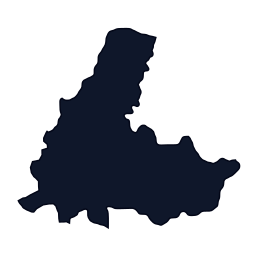 Santiago de los Caballeros, Santiago, Dominican Republic, rotated 89°
{"feature_id": "3306468B7799388924344", "entity_name": "Santiago de los Caballeros", "entity_type": "district", "adm_level": 2, "iso_a3": "DOM", "parent_name": "Dominican Republic", "parent_adm1": "Santiago", "projection": "orthographic", "projection_center": [-70.731, 19.487], "detail": "fine", "context": "isolated", "style": "filled", "palette": "ink", "viewbox_px": 256, "rotation_deg": 89, "n_neighbors": 0, "source": "geoboundaries", "source_scale": "gbopen_adm2", "svg_char_len": 5892}
<svg xmlns="http://www.w3.org/2000/svg" viewBox="0 0 256 256"><g transform="rotate(89 128 128)"><path d="M210.3,223.7L207.0,220.8L203.3,214.2L202.4,208.2L202.4,203.8L204.7,201.4L209.2,199.9L211.5,198.8L217.6,198.6L220.7,198.1L220.7,193.6L220.5,191.2L222.0,188.2L218.4,187.9L217.5,187.5L217.1,187.3L216.7,186.6L215.7,183.7L214.0,180.8L213.4,180.3L211.3,179.4L210.8,178.8L210.4,178.1L209.7,176.0L208.6,173.7L208.3,172.3L208.4,171.5L208.7,170.6L209.0,170.3L209.3,170.0L209.8,169.8L210.7,169.6L214.7,169.6L216.2,169.3L217.0,169.0L219.3,167.7L219.9,167.2L220.2,166.9L221.5,164.7L222.1,163.5L222.3,162.6L222.8,160.3L223.1,159.4L224.0,157.4L224.6,154.6L224.9,153.7L225.5,152.5L227.4,149.6L223.9,149.5L217.9,149.4L213.0,149.5L211.0,149.8L210.2,150.1L208.8,150.8L208.0,151.0L207.2,150.9L206.8,150.6L206.5,150.3L206.3,149.9L206.1,149.0L206.2,147.5L206.5,146.0L206.8,145.1L207.8,143.1L208.1,142.1L208.2,141.0L208.3,137.8L208.2,126.2L208.3,124.6L208.6,123.6L209.0,122.7L209.8,121.5L211.3,120.1L213.4,118.6L213.9,117.9L214.0,117.5L214.2,116.6L214.4,113.0L214.5,112.0L214.8,111.1L215.3,110.3L216.2,109.4L217.0,108.9L218.6,108.1L219.4,107.5L220.7,106.5L221.8,105.4L222.9,104.3L223.5,103.4L224.0,102.5L224.3,101.6L224.8,99.3L225.5,97.4L225.6,96.6L225.5,96.3L225.2,95.5L223.3,92.2L222.7,91.2L221.7,90.1L220.6,89.2L219.3,88.2L218.8,87.5L218.5,86.1L218.3,82.1L218.1,81.1L217.7,80.2L217.1,79.5L216.5,78.9L214.5,77.9L213.8,77.4L212.9,76.5L212.5,75.6L212.3,74.7L212.3,73.7L212.5,72.8L212.7,72.4L213.2,71.6L213.8,71.0L215.6,69.6L215.9,69.2L216.2,68.4L216.4,67.4L216.5,65.9L216.4,63.8L216.3,62.2L216.0,60.7L215.6,59.8L215.1,58.9L213.2,56.6L212.8,55.7L212.6,55.3L212.4,54.3L212.3,53.2L212.3,48.0L212.1,46.9L211.9,45.9L211.1,44.6L209.3,42.3L208.0,40.6L207.7,40.3L206.9,39.9L206.1,39.7L202.9,39.2L202.0,38.9L200.4,38.2L199.5,37.9L198.0,37.7L194.3,37.5L192.8,37.2L192.3,37.0L191.4,36.6L189.1,34.7L187.8,34.0L186.5,33.6L183.2,33.2L182.3,33.0L181.9,32.7L181.2,32.2L180.3,31.2L179.4,29.1L178.3,27.2L177.6,25.4L176.8,24.2L175.1,22.2L172.2,19.2L171.1,18.2L169.8,17.4L168.8,17.2L167.9,17.1L166.9,17.2L166.0,17.4L165.3,17.9L164.6,18.5L163.2,20.4L162.6,20.8L161.9,21.1L162.1,24.0L162.3,24.9L163.0,26.8L163.0,27.2L163.0,27.6L162.7,28.3L161.5,31.1L160.4,32.9L160.2,33.8L160.2,34.7L160.5,35.6L160.9,36.4L162.7,38.4L163.5,39.5L164.8,42.3L165.0,43.1L165.1,43.5L164.9,44.2L164.2,46.1L163.8,48.4L163.5,49.4L162.3,51.7L161.5,53.5L161.1,54.2L160.5,54.9L158.8,56.5L157.7,57.3L156.0,58.1L155.2,58.5L152.0,61.1L147.6,63.2L144.3,63.9L143.5,64.2L141.5,65.3L139.4,66.2L137.6,67.7L137.6,69.8L137.7,71.4L137.9,72.4L138.3,73.2L138.9,73.8L141.1,75.0L143.1,76.0L143.8,76.4L144.8,77.3L145.3,78.1L145.5,78.6L145.7,79.6L145.8,81.2L145.7,88.3L145.8,94.9L145.7,96.5L145.5,97.5L145.1,98.4L144.9,98.7L144.2,99.4L143.5,99.8L143.0,100.0L142.0,100.2L139.4,100.4L138.3,100.5L137.4,100.8L135.4,101.7L132.9,102.4L132.1,102.7L130.0,104.7L127.2,109.3L126.0,110.7L125.7,111.5L125.6,111.9L125.6,112.8L125.7,113.7L125.9,114.2L126.4,115.1L127.4,116.2L128.5,117.2L129.3,117.7L131.0,118.5L131.7,118.9L132.3,119.4L132.7,120.1L132.8,120.5L132.8,120.9L132.6,121.7L131.7,123.4L131.2,124.1L130.5,124.6L128.2,125.8L127.4,126.1L125.9,126.4L121.8,126.6L120.9,126.8L120.5,127.0L119.9,127.5L119.1,129.6L118.6,130.3L116.7,131.5L116.0,131.7L115.1,131.7L114.4,131.2L113.9,130.6L113.7,130.2L113.6,129.7L113.4,128.7L113.5,124.8L113.3,123.9L113.1,123.5L112.8,123.2L112.4,122.9L112.0,122.8L111.3,122.9L109.3,123.9L108.4,124.2L107.6,124.3L106.7,124.1L106.3,124.0L106.0,123.7L105.7,123.3L105.5,122.5L105.4,122.1L105.5,121.3L105.8,120.4L106.4,119.1L106.5,118.4L106.4,118.0L106.1,117.3L105.5,116.8L105.1,116.6L104.7,116.5L103.8,116.5L103.0,116.8L101.3,117.5L100.5,117.6L100.2,117.6L99.5,117.3L98.7,116.7L98.0,116.4L95.5,115.6L93.6,114.7L92.7,114.5L92.3,114.5L91.8,114.5L90.9,114.7L89.0,115.6L86.8,116.3L84.8,117.2L82.1,115.6L81.5,115.1L80.8,114.1L80.1,113.4L79.3,112.7L78.8,112.5L77.4,112.1L73.4,111.8L72.5,111.6L72.1,111.4L71.8,111.1L71.3,110.3L70.9,107.4L70.7,107.0L70.4,106.7L70.1,106.4L69.3,106.3L68.5,106.5L65.9,108.0L64.6,109.1L63.8,109.3L63.0,109.2L62.6,109.0L61.8,108.5L60.3,106.5L59.7,106.1L58.3,105.4L57.7,105.0L57.3,104.4L56.9,103.3L56.5,102.7L56.3,102.4L55.6,102.0L54.8,101.8L53.9,101.8L53.1,102.0L51.4,102.6L50.5,102.6L49.7,102.3L48.2,101.6L47.4,101.4L45.8,101.3L45.0,101.1L42.2,99.8L38.0,98.6L37.0,102.1L36.4,104.9L36.1,105.8L35.4,107.4L35.1,108.3L34.9,109.3L34.6,112.0L34.3,113.5L33.1,115.9L32.3,117.6L31.0,119.9L30.3,121.6L29.2,123.5L28.9,124.5L28.7,126.0L28.6,128.2L28.6,133.6L28.7,136.3L29.0,137.9L30.2,140.7L30.9,143.5L31.1,143.9L31.5,144.7L32.5,145.6L33.2,146.1L36.9,147.8L38.3,148.2L42.1,148.6L44.4,149.2L46.7,150.5L48.6,151.8L51.1,153.1L53.8,155.3L55.1,156.0L56.5,156.4L60.9,156.6L62.3,156.9L62.7,157.0L63.6,157.5L65.9,159.4L67.2,160.1L68.1,160.4L69.1,160.6L72.9,160.7L73.7,160.9L74.5,161.3L75.1,161.9L76.4,164.1L76.8,164.9L77.4,166.6L78.6,169.0L79.2,170.3L79.6,171.1L80.2,171.7L80.9,172.3L81.8,172.7L82.7,172.9L86.0,173.2L87.4,173.7L88.2,174.2L91.0,176.3L93.1,177.4L93.9,178.0L95.4,179.3L96.4,180.4L97.0,181.3L97.7,183.0L98.8,185.0L99.1,185.8L99.3,187.3L99.3,189.3L99.0,190.7L98.4,191.9L97.2,193.4L97.7,194.4L98.3,194.9L99.1,195.3L100.5,195.5L103.8,195.5L108.7,195.4L110.7,195.1L113.0,194.4L113.4,194.4L114.2,194.5L116.6,195.7L117.7,196.7L118.4,197.1L119.6,197.4L122.4,197.8L123.3,198.1L124.4,198.8L125.0,199.4L126.2,201.0L127.8,202.2L128.5,202.8L129.0,203.5L129.5,204.3L130.5,206.6L130.7,207.3L130.6,208.1L130.2,208.8L130.0,209.0L131.0,209.7L136.6,212.4L139.7,212.4L142.9,208.9L146.8,208.6L148.5,214.3L153.6,214.3L158.7,217.2L159.4,220.5L160.0,224.0L165.8,226.1L170.9,225.3L174.9,222.9L176.5,221.0L179.5,218.3L185.1,218.3L189.1,218.0L193.2,226.6L196.0,231.5L196.3,234.2L198.8,238.9L200.1,238.3L201.4,237.5L204.0,235.3L205.5,234.4L206.1,233.8L208.1,230.5L208.8,228.8L209.9,226.4L210.2,225.5L210.3,223.7Z" fill="#0f172a" stroke="#020617" stroke-width="1.5"/></g></svg>